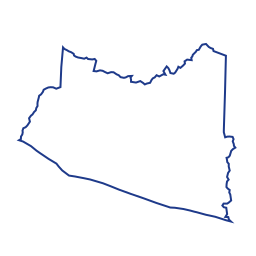 the district of Santa Helena, Paraná, Brazil, rotated 273°
{"feature_id": "56859067B88901030092463", "entity_name": "Santa Helena", "entity_type": "district", "adm_level": 2, "iso_a3": "BRA", "parent_name": "Brazil", "parent_adm1": "Paraná", "projection": "orthographic", "projection_center": [-54.285, -24.867], "detail": "fine", "context": "isolated", "style": "outline", "palette": "blue", "viewbox_px": 256, "rotation_deg": 273, "n_neighbors": 0, "source": "geoboundaries", "source_scale": "gbopen_adm2", "svg_char_len": 2300}
<svg xmlns="http://www.w3.org/2000/svg" viewBox="0 0 256 256"><g transform="rotate(273 128 128)"><path d="M180.2,129.1L179.8,125.4L178.4,123.1L177.9,121.3L178.4,117.9L180.2,116.0L181.0,113.8L182.9,110.7L182.9,108.2L181.6,104.8L182.6,102.3L183.8,99.7L184.1,97.0L182.9,93.6L183.1,90.7L190.7,92.2L193.4,92.8L195.2,91.1L194.6,88.8L194.8,84.5L196.1,82.9L194.9,80.6L195.4,77.7L195.8,74.4L196.6,71.9L197.6,70.3L199.2,69.9L200.7,67.3L201.5,64.8L202.5,63.0L203.6,60.4L205.1,58.9L185.4,58.2L165.3,58.4L163.5,54.3L164.7,51.1L164.7,48.6L164.3,46.3L163.2,44.1L161.8,41.8L159.6,41.1L157.0,39.4L155.6,37.6L153.7,37.3L149.4,36.4L147.7,36.3L145.2,36.5L143.2,35.4L140.8,35.0L139.1,33.4L136.5,31.9L135.3,30.5L132.6,28.7L129.2,29.7L125.2,27.3L123.4,25.7L122.3,23.5L119.9,22.8L118.2,23.1L116.0,22.8L113.9,21.6L111.3,21.6L110.1,19.8L109.0,23.9L104.8,32.1L100.6,37.8L98.1,41.8L97.1,43.5L93.0,50.3L88.7,58.4L85.8,60.9L82.2,64.5L77.4,71.6L76.8,77.7L76.5,79.8L75.6,86.4L74.6,92.9L71.5,105.9L68.8,114.1L65.9,122.5L63.0,132.1L62.4,134.0L58.6,147.3L54.6,160.4L51.4,172.2L50.8,174.3L50.8,179.1L50.0,187.6L48.8,194.5L47.9,198.6L47.5,200.9L45.4,210.5L44.9,213.8L43.9,219.8L42.6,224.8L41.0,230.8L40.0,235.7L41.8,233.6L44.3,232.8L44.3,229.9L47.2,231.5L53.5,230.3L53.9,227.8L55.5,226.3L57.5,227.4L57.7,231.0L58.7,232.4L61.0,234.8L67.0,233.6L68.9,232.5L71.4,232.8L72.8,230.7L74.2,229.4L77.1,229.4L79.8,229.7L81.7,231.2L84.3,229.5L88.4,230.3L90.8,231.8L94.8,230.6L97.5,230.5L99.2,228.9L101.0,228.6L103.4,228.0L104.0,229.8L105.7,231.1L108.6,231.8L110.6,232.3L112.5,234.0L114.0,236.2L115.8,234.7L117.4,234.5L120.2,233.3L122.4,234.0L124.6,232.9L124.8,229.9L124.6,227.7L123.8,225.5L128.8,223.9L131.3,223.8L169.1,223.0L194.1,222.3L205.3,222.0L209.3,209.4L211.5,208.7L212.2,206.3L213.2,204.4L216.0,201.5L215.1,197.8L213.3,196.4L209.8,194.6L209.3,192.6L207.7,191.8L204.5,188.9L202.8,188.5L201.5,187.5L199.1,188.0L199.4,183.5L197.5,181.0L195.3,181.5L193.3,179.8L190.8,177.2L191.8,175.1L189.7,174.4L185.8,172.2L184.6,170.8L185.1,167.5L188.0,166.3L190.0,165.1L191.5,163.4L186.7,160.4L183.2,162.6L183.5,160.4L181.1,156.5L182.2,153.8L179.9,152.0L178.9,150.2L177.2,149.0L174.3,147.7L173.4,144.5L172.4,142.5L173.8,140.7L175.5,137.8L173.8,133.6L174.3,128.6L176.6,128.5L178.4,127.9L180.2,129.1Z" fill="none" stroke="#1e3a8a" stroke-width="2"/></g></svg>